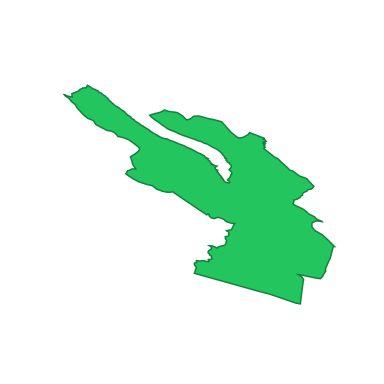 the district of Loabák sme 1, Troms, Norway, rotated 19°
{"feature_id": "86288312B71092207563612", "entity_name": "Loabák sme 1", "entity_type": "district", "adm_level": 2, "iso_a3": "NOR", "parent_name": "Norway", "parent_adm1": "Troms", "projection": "robinson", "projection_center": [17.762, 68.717], "detail": "fine", "context": "isolated", "style": "filled", "palette": "green", "viewbox_px": 384, "rotation_deg": 19, "n_neighbors": 0, "source": "geoboundaries", "source_scale": "gbopen_adm2", "svg_char_len": 6035}
<svg xmlns="http://www.w3.org/2000/svg" viewBox="0 0 384 384"><g transform="rotate(19 192 192)"><path d="M324.6,177.5L319.2,177.2L315.4,175.5L309.6,174.7L305.5,172.9L303.0,172.1L298.2,171.5L294.7,171.2L292.0,170.6L291.2,169.7L291.5,168.5L291.4,167.9L290.9,166.6L293.7,164.6L295.4,162.5L296.0,162.1L296.2,161.6L296.1,160.9L296.8,159.8L297.5,159.3L297.6,158.8L297.0,157.6L297.7,156.2L300.4,153.7L300.6,152.3L303.5,150.6L304.3,149.8L305.1,148.3L305.4,147.0L297.9,143.1L296.3,142.0L288.2,141.8L280.4,139.3L277.0,139.5L274.4,137.9L267.2,134.9L262.3,132.5L259.1,132.2L245.8,127.6L245.8,127.0L246.6,125.7L245.6,125.3L245.7,125.2L245.6,124.9L245.4,124.7L245.5,124.5L244.8,124.3L245.0,124.0L244.8,123.9L245.2,123.5L244.4,123.2L243.8,123.2L243.3,122.8L244.5,122.3L243.9,122.2L243.5,121.8L244.0,121.7L243.7,121.6L243.8,121.5L245.0,120.8L245.1,120.5L244.8,120.4L245.5,120.0L245.0,119.8L245.1,119.6L244.4,119.1L243.6,118.9L242.7,119.0L242.6,118.7L242.0,118.6L241.9,118.4L242.9,117.9L242.9,117.7L227.0,117.1L226.4,119.4L223.3,122.9L221.0,124.7L218.9,125.5L217.4,125.5L214.5,124.7L209.1,122.6L197.1,115.9L189.9,116.4L183.3,117.3L175.4,117.8L173.1,118.1L169.4,119.6L168.7,120.2L167.5,122.2L166.7,123.3L165.8,124.1L163.3,125.6L158.5,123.2L153.2,121.9L151.9,121.8L150.3,122.0L145.6,123.1L143.2,123.4L139.0,123.5L137.6,125.4L136.1,126.9L133.6,128.6L132.1,129.4L127.0,133.2L127.8,133.5L128.4,134.1L129.1,134.4L130.8,134.8L133.5,135.9L137.1,136.7L138.3,137.2L139.3,137.4L141.7,138.3L145.6,139.3L146.7,139.8L149.3,140.4L157.3,140.7L159.6,141.1L165.5,141.4L177.2,141.4L181.3,141.6L184.3,141.4L185.7,141.5L186.7,141.8L189.2,141.8L190.2,141.7L192.5,142.0L196.1,142.8L201.7,143.5L207.0,145.4L206.7,145.6L207.2,145.4L208.5,146.4L208.7,146.7L210.2,147.4L211.0,148.0L211.3,148.1L211.5,148.8L212.4,149.0L211.8,149.2L211.5,149.4L212.4,149.1L212.7,149.3L212.3,149.4L212.7,149.3L213.4,149.7L213.9,150.9L214.8,151.1L216.0,152.2L215.3,152.4L215.3,152.6L215.4,152.4L216.1,152.2L217.0,152.3L216.6,152.6L217.1,152.3L217.5,152.4L218.8,153.3L220.1,153.9L220.7,154.5L220.7,155.2L220.8,155.4L220.9,156.1L220.6,157.0L220.0,157.9L219.8,158.6L219.9,158.9L220.4,159.3L221.0,159.1L221.3,159.1L220.9,159.2L221.0,159.3L221.6,159.1L221.3,159.4L221.8,159.5L222.2,159.9L222.8,160.2L223.3,160.9L223.3,161.2L223.8,161.8L223.6,162.4L222.9,163.3L223.3,164.0L223.0,166.4L222.3,167.2L222.4,167.9L221.9,168.2L221.7,168.7L221.6,169.0L221.9,169.4L223.7,169.7L224.4,170.4L224.5,170.6L224.3,171.0L223.5,171.5L223.3,171.8L220.3,171.7L218.6,171.1L217.5,170.3L217.6,169.7L215.8,169.3L215.6,169.1L215.2,168.8L215.5,168.5L214.6,167.7L212.5,166.7L211.6,166.0L211.1,165.8L210.5,165.2L209.5,165.0L209.5,164.6L208.8,164.2L208.6,163.8L209.1,163.4L209.9,163.1L207.7,163.0L207.2,163.1L207.1,162.9L206.0,162.3L205.9,162.0L206.1,161.9L206.0,161.5L206.7,160.0L207.2,159.4L203.8,159.8L203.4,159.7L202.8,159.8L202.6,159.7L203.3,159.6L203.7,159.8L203.9,159.5L204.4,159.5L203.7,159.3L201.5,159.3L201.1,159.5L200.6,159.0L201.1,158.7L200.3,158.4L199.8,157.8L199.0,157.3L198.9,157.0L197.0,156.5L196.8,156.1L196.1,155.8L196.0,155.6L196.3,155.2L195.7,155.1L195.9,155.3L194.5,155.5L193.0,154.8L192.5,154.1L191.9,153.8L187.4,153.0L185.6,153.1L176.9,151.6L172.5,151.4L169.4,150.8L163.7,150.8L160.5,150.4L158.0,150.4L157.5,150.3L154.6,150.5L151.6,149.9L150.8,150.0L148.4,150.5L146.5,150.6L143.4,150.3L141.2,149.9L141.4,149.7L141.1,149.6L141.0,149.8L136.3,148.9L133.2,148.1L131.1,147.2L127.6,146.6L127.1,146.3L125.4,146.0L124.4,145.6L121.9,145.3L120.2,144.5L117.3,144.0L114.7,143.3L114.1,142.7L111.7,142.1L110.8,142.0L110.2,141.4L109.2,140.8L106.2,140.3L101.8,138.0L97.9,137.2L96.6,136.5L95.5,136.2L93.5,135.7L92.1,135.7L91.1,135.4L88.8,134.3L87.7,134.0L86.5,133.3L84.1,132.4L82.6,131.5L82.2,130.9L80.0,130.3L78.7,129.5L75.9,128.9L74.2,128.1L71.3,127.9L70.1,126.9L68.6,127.0L67.3,126.5L65.7,126.8L58.4,125.1L58.1,127.9L54.8,129.2L52.3,132.1L51.7,133.6L46.4,138.2L46.7,139.2L47.4,140.1L47.8,141.2L45.1,141.6L41.3,141.7L40.1,141.4L39.5,141.6L40.8,142.4L44.4,143.3L46.2,144.2L48.5,145.7L53.5,147.5L55.3,149.4L56.6,150.2L64.4,154.5L69.6,156.3L74.4,156.5L75.4,156.8L76.5,157.2L78.2,158.9L79.1,159.5L91.7,161.5L95.0,160.8L98.4,160.9L100.0,161.4L102.2,162.5L104.0,163.7L105.7,163.3L109.8,163.0L115.0,163.2L119.5,164.4L127.5,167.2L128.5,168.9L128.2,170.6L125.9,174.3L122.3,178.8L125.2,182.4L126.5,184.6L127.8,186.0L131.3,188.5L127.8,189.7L126.8,190.6L126.1,191.7L124.1,192.9L123.8,195.1L123.4,196.2L124.3,196.7L132.0,198.7L138.4,199.7L146.8,199.6L149.7,199.2L152.7,199.0L156.1,200.3L157.8,200.8L163.9,200.9L168.1,200.4L171.5,199.3L173.6,198.1L205.7,206.8L213.5,208.8L213.8,207.9L214.2,207.5L215.0,207.5L215.5,207.6L215.4,208.2L216.2,209.1L217.6,209.8L218.8,210.2L221.2,210.0L221.8,209.7L224.6,207.6L225.7,207.4L227.4,207.3L230.5,207.5L231.7,207.7L232.6,208.4L234.0,208.8L235.4,208.9L239.6,208.7L242.7,207.9L242.1,210.4L241.5,215.1L237.1,217.3L237.4,217.5L238.6,217.6L239.4,217.8L240.5,219.0L240.1,219.7L240.7,220.2L240.9,220.6L240.4,222.1L238.0,223.4L238.4,224.1L238.4,224.7L238.8,224.8L239.0,225.4L240.2,226.2L240.5,226.8L240.5,227.9L240.9,229.9L240.4,231.3L239.8,231.9L234.8,235.2L234.3,236.8L229.3,236.3L226.0,237.2L228.6,237.9L228.8,239.5L227.1,241.9L226.7,243.5L227.2,244.4L228.8,245.0L229.0,245.8L231.5,246.4L231.6,247.6L232.3,248.0L232.6,248.5L232.5,249.1L231.8,249.5L229.3,250.5L229.5,250.9L230.7,251.7L230.5,252.5L229.8,252.7L226.4,253.0L223.9,253.5L222.3,254.6L221.0,254.9L218.9,255.2L218.5,255.5L218.8,256.0L219.3,256.4L219.4,256.7L217.8,258.0L217.5,259.3L218.5,260.4L220.5,261.7L220.8,262.2L220.6,264.5L220.8,266.3L220.6,268.1L287.0,264.2L299.6,263.2L301.7,263.3L326.8,263.2L330.9,262.5L328.7,252.4L326.2,240.1L326.2,238.8L325.3,237.8L323.9,236.8L319.1,235.5L320.7,235.1L338.2,232.9L341.7,232.1L343.1,228.7L343.3,226.8L344.2,223.3L343.5,221.7L343.2,220.6L344.2,209.2L343.4,197.5L344.5,197.2L337.3,193.6L330.4,190.6L328.4,189.8L325.1,189.3L320.6,188.3L316.9,186.1L315.7,183.0L315.7,182.0L316.5,181.1L317.5,180.3L318.6,179.0L321.7,178.1L324.8,177.7L324.6,177.5Z" fill="#22c55e" stroke="#15803d" stroke-width="1.5"/></g></svg>